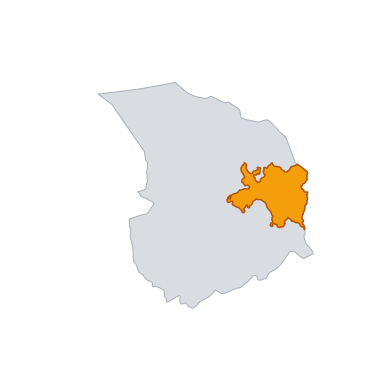 Ethiopia, with Southern Nations, Nationalities and Peoples highlighted, rotated 217°
{"feature_id": "ETH-3129", "entity_name": "Southern Nations, Nationalities and Peoples", "entity_type": "Administrative State", "adm_level": 1, "iso_a3": "ETH", "parent_name": "Ethiopia", "parent_adm1": "", "projection": "mercator", "projection_center": [36.895, 6.444], "detail": "fine", "context": "in_parent", "style": "filled", "palette": "amber", "viewbox_px": 384, "rotation_deg": 217, "n_neighbors": 0, "source": "natural_earth", "source_scale": "10m", "svg_char_len": 9536}
<svg xmlns="http://www.w3.org/2000/svg" viewBox="0 0 384 384"><g transform="rotate(217 192 192)"><path d="M98.8,258.8L98.5,258.4L96.9,257.2L95.4,255.5L94.6,253.7L93.7,252.2L93.2,248.9L92.2,246.8L91.1,244.3L89.5,239.5L88.8,237.8L87.5,236.7L86.2,235.6L84.8,233.5L81.1,231.6L79.7,230.2L77.3,227.6L76.7,226.3L76.5,225.1L75.7,223.9L74.4,222.5L70.2,219.6L69.0,219.3L67.5,218.9L65.3,218.7L62.3,218.0L59.7,216.9L58.5,216.0L58.2,215.5L58.5,214.5L59.4,212.9L61.2,209.1L62.4,206.5L63.3,205.8L65.6,205.6L68.0,205.7L69.8,205.9L72.3,205.9L75.3,205.7L76.5,204.8L77.4,203.8L77.8,203.2L77.9,201.5L77.9,200.1L77.7,194.9L77.6,191.7L77.5,188.0L77.5,187.3L77.5,186.3L78.3,182.4L79.0,180.2L79.4,179.0L81.3,175.2L81.7,174.0L81.7,172.9L81.0,167.9L82.3,165.6L83.8,163.2L85.2,162.2L86.3,161.5L86.9,161.8L88.2,162.9L89.9,164.0L90.7,163.7L91.9,162.8L92.8,161.8L92.6,160.0L93.4,156.4L93.3,154.3L94.1,151.7L95.0,148.0L95.5,145.7L96.0,144.5L98.5,141.9L100.6,138.3L102.0,135.6L104.6,131.3L106.0,129.7L107.0,129.0L108.6,128.6L111.6,128.2L113.8,127.8L114.1,127.3L114.3,126.4L114.3,124.5L114.7,121.1L115.6,117.9L116.7,115.4L117.3,114.3L118.0,113.2L118.8,111.3L119.8,107.4L119.8,104.7L121.2,99.7L121.5,99.7L124.0,98.8L126.3,98.7L128.6,99.3L130.1,99.5L130.8,99.1L131.5,98.3L132.1,97.0L133.0,96.2L134.3,96.1L136.0,97.6L138.8,101.6L139.5,101.8L139.9,101.7L141.3,98.5L142.3,96.0L144.3,91.4L145.5,88.7L146.5,89.5L147.6,90.9L148.8,91.5L150.1,91.9L150.7,92.0L151.5,92.5L154.3,95.8L155.3,96.6L156.6,96.6L162.1,95.6L165.3,93.6L165.8,92.9L166.7,92.9L167.8,93.7L168.2,94.6L169.0,95.6L170.2,95.8L173.4,95.0L174.9,94.6L176.2,95.0L177.9,95.3L178.9,95.3L181.4,96.3L184.4,96.0L185.8,96.1L187.2,96.5L189.6,98.2L192.6,100.3L197.0,101.8L197.9,102.4L200.0,104.8L203.3,109.3L207.6,113.7L212.3,117.1L214.8,119.5L216.5,122.4L218.1,125.0L219.8,126.1L221.4,127.0L223.0,129.0L224.2,130.7L225.8,132.6L224.0,135.2L221.7,138.7L218.9,142.7L218.1,143.7L215.7,146.2L215.3,146.9L214.8,148.6L214.8,151.8L215.1,155.9L215.4,159.7L216.7,160.2L218.2,160.4L219.9,159.9L222.0,159.5L224.5,159.3L227.3,158.5L229.0,157.9L230.7,157.9L232.2,158.6L233.0,159.2L234.1,159.4L235.5,159.4L235.2,160.1L234.4,161.1L233.5,162.1L232.6,163.2L230.8,166.2L230.7,166.6L230.9,167.2L231.9,168.6L233.0,170.8L233.6,172.8L234.0,173.8L235.3,175.0L237.1,177.3L238.1,178.8L240.1,179.7L240.8,181.7L242.3,184.6L243.9,186.9L245.5,188.8L247.2,189.5L247.9,189.5L251.6,192.9L254.4,195.5L255.1,195.9L260.2,197.6L266.0,199.5L270.7,201.0L276.6,203.0L282.5,205.0L288.0,206.8L295.7,209.4L301.9,211.5L306.8,213.2L307.9,213.7L325.8,213.7L321.4,218.0L316.4,222.9L311.1,227.9L307.8,231.2L302.4,236.4L298.0,240.7L293.4,245.4L289.3,249.7L283.9,255.6L280.4,259.4L274.9,265.4L271.5,269.2L271.0,269.4L266.1,269.1L261.3,268.8L255.2,268.5L254.5,268.5L252.7,268.8L251.7,269.2L247.3,270.2L246.5,270.5L242.8,272.1L239.1,274.0L237.1,275.4L235.6,277.5L235.0,279.1L234.3,279.7L233.1,280.3L225.3,281.7L223.1,281.9L219.4,283.0L217.5,285.0L216.9,285.9L214.3,285.9L209.7,286.2L207.8,286.5L206.8,286.5L205.1,286.5L203.6,286.2L202.7,285.7L201.5,284.5L198.9,282.1L196.9,280.6L192.7,282.3L188.9,284.0L183.5,286.5L180.5,288.2L179.5,289.9L177.2,293.1L175.0,295.0L174.2,295.3L169.4,294.8L167.7,294.5L164.8,294.1L161.0,293.4L158.4,292.7L155.6,292.6L151.6,292.3L149.1,291.8L146.6,290.1L143.3,287.9L140.0,285.8L136.5,283.5L132.5,281.0L128.0,278.2L127.0,277.9L126.5,277.8L121.7,277.7L116.7,277.6L113.3,277.5L112.2,277.1L111.5,276.5L110.4,274.4L109.1,272.9L107.6,271.0L107.5,268.5L107.9,265.7L108.3,264.8L108.1,263.9L108.1,262.6L107.3,261.4L102.4,260.1L101.6,260.2L100.7,260.7L99.8,261.1L99.1,260.7L98.7,260.2L98.7,259.4L98.8,258.8Z" fill="#d9dde1" stroke="#a8b0b8" stroke-width="1"/><path d="M99.7,261.4L99.4,261.2L99.1,260.9L98.5,259.8L98.5,259.6L98.9,259.0L98.7,258.4L98.0,257.9L96.5,257.0L95.7,256.4L95.6,256.1L95.4,255.1L95.1,254.6L93.7,252.5L93.5,252.1L93.5,251.9L93.6,251.2L93.3,250.7L93.2,250.5L93.3,250.1L93.4,249.7L93.3,248.6L93.1,248.2L92.2,247.2L91.8,246.3L91.2,245.2L91.1,244.8L91.1,243.8L91.0,243.3L90.3,242.1L90.1,241.7L90.0,240.7L89.6,239.7L89.2,238.2L88.9,237.9L88.7,237.4L87.5,236.5L87.2,236.4L86.0,236.4L85.7,236.3L85.5,236.1L85.4,235.4L85.3,235.1L85.5,234.8L85.5,234.5L85.4,234.2L85.1,233.7L84.0,232.9L81.4,232.3L81.1,232.0L81.0,231.6L80.2,231.1L79.9,230.8L79.8,230.7L79.7,230.5L79.6,229.9L80.0,229.8L80.5,230.1L81.5,230.8L81.9,230.9L82.4,230.7L83.3,230.4L83.9,230.2L84.6,230.2L85.3,230.4L86.3,231.1L86.8,231.4L87.4,231.5L88.0,231.5L88.5,231.4L88.9,231.2L90.3,230.1L90.8,229.9L91.3,229.8L92.0,229.8L93.0,229.8L93.5,229.7L93.7,229.2L94.1,229.4L94.5,229.3L94.9,229.0L95.1,228.7L95.5,229.0L95.9,229.3L96.8,229.6L97.2,229.6L98.0,229.2L98.4,229.2L99.5,229.4L99.9,229.3L100.0,228.9L99.8,228.4L99.8,228.0L99.9,227.2L100.1,226.7L100.1,226.0L100.5,224.8L100.5,224.4L100.4,224.0L100.1,223.7L98.8,223.1L98.7,222.8L98.9,222.3L98.7,222.0L98.3,220.4L98.3,219.5L98.6,219.0L98.9,218.8L99.3,218.1L100.1,217.6L100.2,216.9L100.4,216.5L101.0,216.4L101.8,215.9L102.4,215.9L102.7,215.8L103.5,215.8L103.8,216.6L104.0,216.9L104.5,217.1L104.9,217.0L105.2,216.9L106.2,216.3L107.1,216.1L107.5,215.8L108.2,215.1L108.3,214.8L108.2,214.6L107.3,213.9L107.0,213.5L107.0,213.2L107.4,212.6L107.7,212.3L108.0,212.2L108.9,212.2L109.3,212.3L109.5,212.5L110.1,214.4L110.2,214.9L110.0,215.3L109.3,216.3L109.3,216.6L109.7,216.9L110.8,217.6L111.4,217.9L111.6,218.0L111.8,218.3L112.3,219.2L112.7,219.8L112.7,220.1L112.6,221.1L112.7,221.4L113.0,221.6L114.4,221.8L115.1,222.2L115.7,222.7L116.5,223.2L117.6,223.5L118.1,223.7L118.7,224.0L119.4,224.2L120.6,224.2L122.4,225.0L122.8,225.0L125.8,227.0L126.6,227.3L127.4,227.6L128.2,227.7L128.9,227.6L130.2,227.4L131.6,227.5L132.2,227.4L132.7,227.1L133.9,226.2L135.7,225.3L136.2,225.0L136.5,225.0L136.8,224.4L136.8,223.6L136.9,223.2L137.0,223.1L137.5,221.2L137.1,219.6L136.9,218.9L137.0,216.7L137.5,215.5L137.4,214.9L136.7,214.2L136.7,213.7L137.8,213.4L138.4,213.4L138.9,213.6L139.2,214.3L139.5,214.5L139.9,214.5L140.7,214.3L140.8,213.8L140.7,213.5L140.3,212.9L140.3,212.6L140.3,211.3L140.5,209.5L140.3,209.4L138.7,209.0L138.3,208.6L138.0,208.1L138.1,207.5L138.4,206.8L138.9,206.1L139.3,205.9L139.7,205.9L140.1,206.3L140.5,207.1L140.9,207.1L142.1,207.2L142.5,207.4L143.4,207.3L144.6,207.6L145.0,207.6L148.4,206.7L150.8,206.4L151.8,206.2L152.2,206.3L152.5,206.5L152.8,206.9L153.0,207.4L153.1,208.1L153.4,208.8L154.0,208.9L154.8,208.7L155.3,208.2L155.4,207.9L155.7,206.6L156.1,206.1L156.6,205.6L157.3,205.4L157.7,205.5L158.0,205.7L159.1,206.3L159.3,206.6L159.5,207.0L159.5,207.4L159.3,208.3L159.4,208.6L160.1,209.2L159.8,210.4L159.8,211.6L159.6,212.0L159.0,211.2L158.8,210.9L158.5,209.5L158.3,209.1L157.3,209.5L157.4,209.8L158.0,210.6L158.3,211.9L158.6,213.3L158.1,214.6L157.6,215.5L156.8,216.5L156.4,217.2L155.7,217.9L155.2,219.2L155.1,220.4L155.2,222.2L155.1,222.4L153.9,222.9L153.7,223.1L153.2,224.2L152.7,224.8L152.5,225.1L152.4,225.9L152.2,226.1L149.7,227.7L149.2,228.1L149.0,228.7L148.8,230.0L148.9,230.3L149.2,230.6L149.7,230.9L150.3,231.0L151.9,230.7L152.2,230.4L153.0,229.6L153.5,228.8L153.9,228.9L154.5,229.3L155.7,229.6L156.3,229.9L156.9,230.2L157.5,229.9L157.9,229.8L158.5,230.3L159.0,231.1L159.4,232.2L158.9,234.9L159.0,235.5L159.7,236.1L160.3,236.3L162.7,237.5L163.8,237.7L164.3,237.8L164.8,238.3L165.5,238.7L167.1,240.3L167.2,240.6L167.3,241.4L167.7,243.0L167.7,243.8L167.5,244.2L167.1,244.9L167.1,245.3L167.6,246.4L167.8,246.8L166.1,247.0L165.3,246.9L164.4,246.2L164.3,245.7L163.5,244.2L163.0,243.5L161.6,242.9L161.4,242.7L161.2,242.3L160.6,242.3L160.1,242.3L158.6,241.9L157.9,241.8L157.2,241.8L156.3,241.9L155.6,242.3L155.3,242.9L155.2,243.8L155.4,245.3L155.4,245.8L155.1,246.1L154.4,246.6L154.2,246.9L154.0,247.6L153.4,248.7L153.2,249.0L152.9,249.3L152.8,249.5L153.4,250.1L154.4,250.7L154.6,250.9L154.6,251.1L153.3,252.0L152.1,252.2L151.7,252.1L151.4,251.6L149.2,247.8L149.1,247.4L149.1,246.9L149.3,246.5L149.6,246.5L149.9,246.7L150.3,246.8L150.7,246.6L151.0,246.2L151.0,245.8L150.7,245.1L150.8,244.7L151.0,244.1L151.2,243.8L152.4,243.4L152.9,242.7L152.8,242.0L152.2,241.4L151.8,241.3L151.5,241.3L150.8,241.5L150.5,241.4L149.8,240.6L148.5,239.9L147.9,239.3L147.6,239.3L146.9,239.5L146.3,239.4L145.8,239.0L145.5,239.1L145.2,239.3L144.4,240.5L144.0,241.3L144.1,242.0L144.7,242.7L145.0,243.4L144.9,244.3L144.6,245.3L144.3,246.0L143.8,246.7L143.6,247.0L143.6,247.5L143.8,248.8L143.8,249.3L143.9,249.5L144.9,249.7L147.1,250.7L147.7,252.2L147.8,253.0L148.0,253.4L148.3,253.7L148.7,253.9L149.1,254.1L149.2,254.5L149.1,254.9L148.9,255.2L147.7,255.8L146.9,256.0L146.6,256.2L146.4,256.5L146.7,257.8L146.7,258.7L146.5,259.6L145.9,261.1L145.8,261.5L145.9,262.4L145.9,262.8L145.8,263.1L145.5,263.4L145.1,263.4L144.1,262.7L141.9,262.0L141.6,262.1L141.3,262.3L141.1,262.6L140.8,262.9L139.6,263.3L137.8,264.3L136.9,264.6L136.0,264.7L135.5,264.6L134.8,264.1L134.3,264.0L133.8,263.9L131.8,264.2L131.4,264.2L130.0,264.0L129.6,264.0L129.2,264.3L128.7,264.9L128.3,265.7L127.5,268.3L127.4,268.7L127.6,269.2L128.0,270.1L128.1,270.5L128.0,271.6L127.5,272.5L126.2,274.2L125.4,275.5L124.7,277.0L124.3,277.4L123.6,277.6L123.4,277.8L122.9,277.6L116.8,277.7L116.6,277.7L116.1,277.5L115.3,277.6L112.6,277.6L112.2,277.5L111.8,277.2L111.1,276.6L110.8,276.4L110.7,276.2L110.7,275.2L110.5,274.7L110.4,274.4L108.0,271.8L107.6,271.1L107.4,270.2L107.5,266.5L107.6,266.2L108.3,265.4L108.4,265.0L108.4,264.6L107.9,263.5L107.8,263.2L107.9,262.8L108.4,262.1L108.3,261.9L107.4,261.5L106.2,260.8L105.7,260.7L104.7,261.0L104.2,260.9L103.5,260.3L103.1,260.0L102.4,259.9L101.7,259.9L101.3,260.2L100.5,261.0L100.1,261.3L99.7,261.4Z" fill="#f59e0b" stroke="#b45309" stroke-width="1.5"/></g></svg>